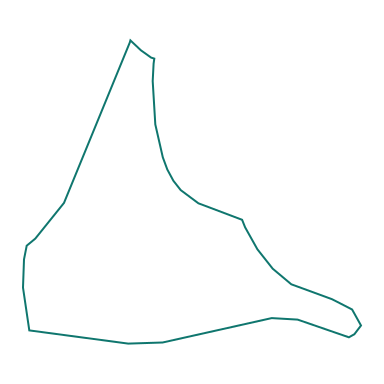 SVG path tracing the border of Wanica
{"feature_id": "SUR-74", "entity_name": "Wanica", "entity_type": "District", "adm_level": 1, "iso_a3": "SUR", "parent_name": "Suriname", "parent_adm1": "", "projection": "natural_earth1", "projection_center": [-55.199, 5.79], "detail": "fine", "context": "isolated", "style": "outline", "palette": "teal", "viewbox_px": 384, "rotation_deg": 0, "n_neighbors": 0, "source": "natural_earth", "source_scale": "10m", "svg_char_len": 521}
<svg xmlns="http://www.w3.org/2000/svg" viewBox="0 0 384 384"><path d="M130.4,40.4L140.9,50.3L151.1,57.6L154.3,58.6L153.6,63.6L152.7,81.1L155.3,124.4L162.8,157.3L167.3,169.5L173.4,180.8L180.7,190.1L198.4,203.3L242.1,219.8L245.1,227.3L257.4,249.3L272.7,268.7L291.3,284.3L332.0,299.2L352.1,309.5L361.0,325.5L354.4,334.2L348.9,337.3L297.6,319.6L271.7,318.1L162.6,342.5L128.2,343.6L29.3,330.4L23.0,287.6L24.0,259.4L26.7,245.7L35.3,238.6L64.0,202.9L129.8,42.5L130.4,40.4Z" fill="none" stroke="#0f766e" stroke-width="2"/></svg>